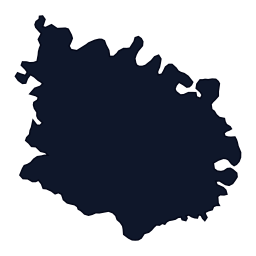 Bandeirantes, Paraná, Brazil
{"feature_id": "56859067B46104527016963", "entity_name": "Bandeirantes", "entity_type": "district", "adm_level": 2, "iso_a3": "BRA", "parent_name": "Brazil", "parent_adm1": "Paraná", "projection": "orthographic", "projection_center": [-50.339, -23.154], "detail": "fine", "context": "isolated", "style": "filled", "palette": "ink", "viewbox_px": 256, "rotation_deg": 0, "n_neighbors": 0, "source": "geoboundaries", "source_scale": "gbopen_adm2", "svg_char_len": 3471}
<svg xmlns="http://www.w3.org/2000/svg" viewBox="0 0 256 256"><path d="M226.9,194.2L225.8,190.2L223.2,187.6L217.0,184.8L215.7,181.2L219.4,180.8L222.4,182.7L225.4,184.5L229.1,185.3L232.6,183.5L235.0,180.2L237.1,176.9L236.7,173.1L232.8,169.7L230.3,168.3L227.4,168.6L224.0,170.9L221.0,171.6L217.2,171.1L214.2,168.9L213.3,163.0L218.3,160.1L223.3,158.3L226.1,158.6L228.5,159.8L231.6,163.8L234.1,165.6L236.5,164.3L239.0,161.4L240.5,157.4L240.6,152.4L238.0,146.1L237.2,142.3L236.3,139.6L234.9,137.0L230.9,137.3L227.9,137.1L224.9,136.2L224.0,133.1L226.4,131.1L229.1,130.1L231.4,128.8L230.1,126.7L226.4,124.5L225.0,121.6L224.4,118.5L219.4,117.5L216.3,114.7L214.3,111.3L211.8,109.5L211.0,104.2L212.8,101.8L215.0,99.7L218.3,96.0L218.3,91.3L219.4,83.6L218.2,81.4L215.8,79.3L212.2,79.1L208.2,79.7L205.1,79.4L202.6,79.9L200.0,79.9L196.9,84.0L196.2,88.3L200.3,92.0L202.2,95.0L200.4,98.4L196.5,96.8L195.8,92.7L191.5,92.6L188.5,92.6L183.8,94.7L180.4,95.0L176.1,91.6L174.9,89.0L176.2,85.4L178.9,82.1L183.4,84.7L186.8,87.1L189.3,86.7L191.4,84.8L192.7,82.1L188.1,76.3L184.2,73.6L180.7,72.5L178.1,71.0L176.1,68.1L172.0,64.4L168.9,64.4L165.5,67.0L163.6,71.1L161.8,74.2L158.3,74.9L157.4,72.1L158.3,69.5L159.4,67.2L160.3,62.7L160.9,58.9L158.6,55.2L154.6,56.8L151.3,60.8L148.2,63.2L145.5,65.4L142.4,66.4L139.3,66.4L136.9,65.4L135.7,63.1L134.8,58.5L136.1,54.5L138.1,50.8L142.4,45.7L142.8,41.6L141.2,38.6L138.4,36.6L135.2,37.7L134.1,41.6L132.6,43.9L129.9,48.2L126.9,48.6L123.6,48.5L118.7,51.1L117.0,53.5L113.7,56.4L109.6,56.4L108.7,50.3L105.9,45.0L104.4,40.8L101.8,39.4L99.1,39.3L94.9,40.3L88.6,43.0L86.5,44.7L76.9,50.7L71.0,49.6L69.0,46.0L71.0,41.7L72.3,38.3L71.3,35.0L69.8,32.1L68.2,29.1L65.4,28.2L57.2,28.6L51.5,24.7L45.5,27.6L42.6,26.6L45.0,19.4L42.6,16.0L39.5,16.3L39.2,19.2L36.1,21.5L35.0,24.6L35.8,27.3L39.1,31.1L41.4,33.5L38.3,39.4L40.8,45.0L39.5,48.2L38.6,51.6L38.3,55.0L37.1,61.4L33.6,62.6L29.6,62.8L26.6,62.0L22.5,61.9L21.3,65.2L25.2,69.1L27.4,72.0L25.4,75.5L20.5,74.0L17.6,72.8L15.4,76.3L18.3,80.4L22.5,83.4L25.7,83.1L27.4,78.5L30.4,74.5L34.4,76.9L38.3,80.4L40.6,81.7L42.8,83.7L40.3,86.3L34.7,88.3L29.8,93.9L36.0,95.7L38.4,97.4L37.5,100.1L33.9,102.4L33.5,104.9L34.4,108.3L37.0,112.3L36.9,115.9L38.0,118.5L42.6,122.8L40.0,125.4L36.8,125.2L33.0,120.2L31.5,127.4L30.2,130.4L29.6,134.5L26.7,137.6L25.7,140.5L28.8,143.1L31.5,146.4L35.9,146.7L40.6,151.3L45.5,152.5L48.0,155.2L44.1,155.4L41.5,156.1L37.3,156.7L33.8,159.1L30.8,162.6L27.4,164.6L24.3,165.6L22.6,168.5L21.4,171.4L19.9,175.1L23.0,178.6L27.8,178.8L32.3,181.5L35.7,181.5L38.5,180.1L41.5,183.8L43.2,188.4L46.4,188.7L51.5,191.0L55.1,193.8L58.4,192.6L61.6,194.3L62.6,197.1L63.4,199.7L67.2,202.9L71.0,203.9L74.6,204.7L77.4,206.6L78.3,209.2L80.6,210.4L82.7,212.2L84.5,214.0L88.5,215.2L92.1,214.3L95.7,212.7L99.4,212.8L103.7,212.0L108.6,211.1L112.8,212.7L115.8,215.6L117.2,219.6L120.3,222.3L122.7,225.9L123.3,229.1L123.5,231.8L123.7,234.4L128.6,238.0L132.1,239.8L135.3,240.0L138.2,239.8L141.2,238.1L144.2,233.5L148.7,232.2L151.5,229.9L153.7,227.3L156.3,224.9L159.6,225.1L162.2,223.3L164.8,224.2L166.5,221.9L169.1,220.4L172.1,219.9L175.4,219.1L178.0,217.4L181.1,217.0L182.2,219.7L185.8,220.6L187.1,218.3L186.1,215.9L188.8,214.9L191.7,216.7L194.6,217.7L197.4,218.0L198.5,214.8L201.1,215.3L202.7,218.4L204.8,220.6L207.0,217.4L205.7,215.0L204.9,212.5L208.5,210.7L212.2,209.7L213.5,206.5L216.3,205.4L219.3,205.4L218.1,203.1L217.9,200.1L217.6,196.5L220.1,194.7L224.0,194.9L226.9,194.2Z" fill="#0f172a" stroke="#020617" stroke-width="1.5"/></svg>